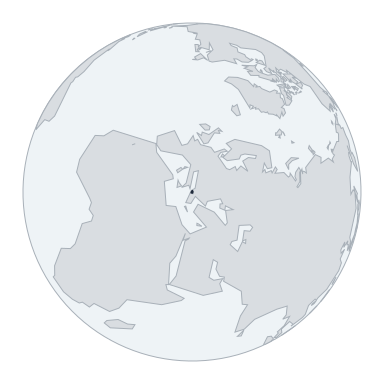 globe centered on Gjirokastër, rotated 57°
{"feature_id": "ALB-1525", "entity_name": "Gjirokastër", "entity_type": "County", "adm_level": 1, "iso_a3": "ALB", "parent_name": "Albania", "parent_adm1": "", "projection": "orthographic", "projection_center": [20.177, 40.156], "detail": "fine", "context": "on_globe", "style": "filled", "palette": "slate", "viewbox_px": 384, "rotation_deg": 57, "n_neighbors": 0, "source": "natural_earth", "source_scale": "10m", "svg_char_len": 10734}
<svg xmlns="http://www.w3.org/2000/svg" viewBox="0 0 384 384"><g transform="rotate(57 192 192)"><circle cx="192" cy="192" r="169" fill="#eef3f6" stroke="#a8b0b8"/><path d="M121.8,38.3L127.2,36.3L122.4,38.4L125.3,37.4L131.5,35.1L134.8,33.8L153.2,30.5L173.9,27.5L179.8,25.8L179.0,27.1L189.7,24.0L200.5,23.8L188.7,24.6L187.8,25.2L195.3,25.1L196.0,25.7L200.0,26.2L200.1,27.1L193.2,28.0L193.2,28.8L198.5,28.7L202.0,29.9L194.2,29.8L199.5,32.1L188.9,34.9L167.9,35.5L162.4,39.3L141.5,46.4L143.8,47.1L137.3,50.8L137.4,53.2L133.5,54.2L137.0,55.3L140.6,53.9L143.3,54.0L143.7,55.4L138.8,56.9L137.9,56.4L136.7,57.5L134.0,57.7L135.6,58.4L129.6,60.2L136.1,60.6L131.7,63.9L127.6,64.5L127.4,61.6L117.2,57.3L112.9,57.7L107.2,61.0L97.7,72.6L93.3,74.6L87.8,79.4L90.5,79.4L95.8,75.7L99.5,77.2L105.5,73.0L107.9,73.2L114.3,70.4L114.0,74.0L110.2,79.2L104.9,81.9L103.1,84.4L108.7,84.7L99.3,92.9L94.0,104.3L91.5,106.4L85.5,104.6L84.1,96.9L76.4,96.2L82.1,100.1L75.6,105.8L74.9,108.3L75.6,110.2L78.3,109.6L76.3,112.4L69.9,109.2L71.7,106.5L73.7,107.4L72.9,104.1L68.6,102.6L65.7,106.0L62.3,101.5L60.1,104.0L58.2,104.6L61.8,100.9L55.3,107.8L50.7,106.1L41.7,118.9L49.9,104.9L52.3,99.8L54.5,95.3L53.0,97.2L58.0,89.5L58.7,88.2L67.4,77.9L76.9,68.3L87.2,59.4L98.2,51.5L109.7,44.4L121.8,38.3ZM43.2,111.9L41.9,114.6L40.7,116.7L43.2,111.9ZM26.5,158.1L26.2,159.4L26.8,157.7L27.1,160.6L25.2,168.1L26.8,164.6L26.0,171.4L27.6,182.8L27.0,183.6L28.1,202.3L32.2,217.0L33.2,225.1L32.4,227.2L34.5,231.9L34.6,234.2L45.6,252.6L53.5,265.9L54.8,273.4L51.1,276.1L54.8,289.1L50.4,284.2L44.2,273.9L38.8,263.3L34.1,252.2L30.3,240.9L27.2,229.3L25.0,217.6L23.6,205.7L23.0,193.8L23.3,181.8L24.5,169.9L26.5,158.1ZM39.3,122.6L34.0,139.5L34.6,134.0L34.9,134.1L36.8,128.8L39.4,121.4L40.7,117.4L39.3,122.6ZM42.4,120.7L43.1,118.3L42.7,120.1L42.4,120.7ZM136.2,33.2L131.5,35.0L125.7,37.1L129.5,35.4L136.2,33.2ZM147.4,30.2L145.4,31.0L142.3,31.4L144.4,30.8L147.4,30.2ZM183.8,24.8L179.9,25.1L183.5,24.6L183.8,24.8ZM200.5,26.1L201.4,25.9L203.1,26.3L200.5,26.1ZM114.1,68.6L114.2,69.5L112.9,69.5L114.1,68.6ZM116.7,66.7L115.2,66.2L116.2,65.2L117.2,65.5L116.7,66.7ZM204.9,28.2L207.4,29.1L203.7,28.3L204.9,28.2ZM118.4,67.6L118.3,63.5L120.2,61.9L125.3,61.9L118.4,67.6ZM208.1,29.7L214.1,32.2L216.6,31.7L212.9,34.8L209.0,31.4L204.0,30.4L207.4,30.4L208.1,29.7ZM141.5,52.9L137.8,54.4L140.5,52.0L141.5,52.9ZM142.6,51.4L147.1,44.4L152.9,43.1L150.2,45.6L157.3,43.3L157.9,46.0L154.1,48.0L150.3,48.1L153.4,49.1L142.6,51.4ZM209.9,36.2L210.3,37.1L208.5,36.4L209.9,36.2ZM144.6,53.9L145.0,52.5L150.0,51.3L150.1,53.9L148.5,53.4L144.6,53.9ZM158.9,41.4L162.7,41.1L164.2,43.3L165.8,43.5L158.4,46.0L158.9,41.4ZM147.5,54.4L150.0,55.3L148.1,57.3L144.5,55.3L147.5,54.4ZM151.3,49.9L153.6,49.5L152.4,50.5L151.3,49.9ZM142.4,65.0L142.8,63.1L145.4,62.2L142.4,65.0ZM151.1,55.6L151.8,54.9L152.9,54.4L154.0,55.5L151.1,55.6ZM160.0,47.5L159.8,48.5L163.1,46.5L164.4,48.2L159.2,49.7L161.9,49.8L162.3,50.4L157.7,51.0L160.0,47.5ZM158.5,55.1L152.4,57.9L151.1,61.6L148.7,62.4L151.2,56.4L158.5,55.1ZM158.4,52.6L157.9,54.3L155.2,54.3L153.9,53.1L158.4,52.6ZM167.1,49.0L166.5,45.9L167.6,45.7L167.1,49.0ZM158.7,56.2L160.2,55.5L158.9,56.4L158.7,56.2ZM165.1,51.1L164.7,50.0L166.0,49.8L165.1,51.1ZM163.4,55.2L161.4,56.0L160.5,55.2L163.4,55.2ZM164.6,53.3L166.5,53.3L161.3,54.4L164.2,52.8L164.6,53.3ZM166.4,51.1L167.1,50.6L166.4,51.6L166.4,51.1ZM168.3,58.0L161.9,59.5L159.8,57.6L166.2,56.3L168.3,58.0ZM103.4,268.4L91.8,242.4L96.9,235.3L97.3,224.4L131.7,195.9L139.5,200.0L167.1,198.8L170.7,200.5L168.0,209.4L189.2,221.0L195.4,213.5L214.0,218.2L226.1,216.4L229.3,199.0L209.6,201.6L205.6,193.6L221.0,184.3L238.1,182.3L237.1,179.2L225.8,173.9L229.2,167.1L221.8,171.5L225.2,174.4L220.6,177.4L217.3,175.0L218.6,172.6L213.3,171.8L208.2,184.2L211.1,188.4L197.5,191.6L201.0,199.2L197.5,203.0L190.3,191.7L190.6,187.4L177.6,175.0L176.0,179.7L188.2,191.9L184.6,191.0L182.5,198.2L181.3,192.0L168.4,178.1L155.8,179.9L140.5,195.7L133.0,195.8L126.3,190.7L131.0,173.2L147.4,175.1L149.2,169.5L145.3,160.3L150.6,161.9L150.9,158.6L157.0,159.0L164.9,151.8L171.0,151.5L173.5,141.5L177.0,140.2L174.5,146.3L176.1,150.7L191.1,150.3L193.8,148.2L194.2,141.9L198.3,142.8L196.8,136.8L205.1,133.9L193.7,132.6L193.8,125.9L198.5,120.5L196.5,118.2L188.9,127.0L187.7,130.9L190.0,134.4L184.9,145.4L179.9,147.2L177.4,135.3L169.9,136.8L171.2,127.4L191.0,108.4L199.6,104.6L215.1,111.8L213.5,116.1L207.1,115.6L213.6,122.0L212.8,118.6L216.2,119.6L217.2,113.9L219.6,114.4L216.4,108.4L219.5,108.3L221.5,112.2L225.7,104.3L232.0,103.0L231.8,101.1L229.7,99.4L239.1,99.2L238.5,97.8L235.2,97.3L231.9,94.3L229.6,89.0L233.0,89.2L234.3,91.1L242.0,95.8L244.8,101.2L246.0,100.8L244.3,96.2L234.9,90.5L232.6,87.3L237.3,89.4L235.4,88.4L235.4,86.9L238.4,85.7L233.3,83.3L227.8,68.2L233.2,64.9L238.1,68.2L237.8,59.2L243.9,57.1L240.8,56.5L238.6,52.4L236.7,53.0L235.0,52.4L228.5,43.1L229.5,41.5L223.3,37.6L221.7,37.4L220.5,38.4L212.9,34.8L216.6,31.7L220.0,32.3L220.1,30.4L227.8,32.1L234.2,32.9L242.6,36.4L246.9,37.1L246.4,36.3L252.0,37.0L265.0,41.8L256.6,41.2L237.5,36.6L245.5,38.5L244.3,39.3L247.6,40.8L253.2,42.3L253.4,41.7L265.7,51.5L280.5,60.0L277.9,55.7L280.5,55.3L295.0,63.2L316.0,84.4L319.7,85.9L322.8,88.9L325.8,93.8L321.4,89.5L320.7,90.8L317.8,87.8L321.1,94.9L317.1,91.0L321.7,98.8L324.6,100.3L323.1,95.2L328.9,104.2L332.8,105.3L337.9,111.8L347.0,132.0L349.3,143.8L350.4,146.6L348.9,147.1L350.6,156.0L356.3,163.6L357.4,167.7L358.4,182.1L357.8,179.3L353.8,180.6L355.7,191.7L358.8,193.2L360.0,200.4L358.8,202.4L357.3,196.4L355.8,196.6L354.3,187.5L349.5,177.9L348.1,185.2L346.4,179.9L339.5,174.3L336.5,184.6L332.9,208.8L335.5,222.9L332.9,232.3L322.3,218.9L316.8,206.8L313.5,211.0L302.1,204.7L284.1,214.1L281.0,211.2L277.7,214.8L269.7,213.9L264.9,208.8L260.3,211.0L272.9,224.2L277.9,221.8L281.4,213.4L284.0,218.7L291.7,220.6L284.8,238.9L257.2,261.4L253.8,251.1L229.2,224.4L229.6,220.5L229.4,220.1L229.1,219.4L227.6,225.8L223.1,220.1L237.0,240.4L239.6,249.4L256.9,262.1L255.4,264.3L260.7,266.1L276.9,256.5L277.2,260.1L270.0,278.8L246.9,305.2L249.6,316.5L247.3,326.2L232.1,334.9L232.6,340.7L224.7,343.9L223.7,347.0L216.8,350.7L205.7,354.1L187.6,354.6L187.1,352.5L179.0,347.4L168.0,332.3L173.2,324.8L171.8,318.2L158.7,301.3L161.6,292.1L157.9,287.6L150.4,287.7L146.1,282.1L141.5,281.2L112.5,278.0L103.4,268.4ZM120.6,213.3L119.8,216.6L120.6,213.3ZM257.0,188.7L266.8,186.1L261.1,176.8L264.4,175.1L261.2,172.7L260.6,176.2L252.8,169.3L256.5,164.7L254.7,160.4L251.3,161.1L245.7,170.7L256.9,180.4L255.2,185.5L257.0,188.7ZM27.7,183.1L27.7,185.9L27.2,184.1L27.7,183.1ZM33.4,136.0L32.9,138.5L32.2,140.8L32.4,139.4L33.4,136.0ZM32.0,155.9L32.0,159.2L31.4,157.0L32.0,155.9ZM33.4,142.0L31.9,153.5L31.0,150.1L32.1,143.0L32.1,146.1L33.4,142.0ZM40.1,123.5L39.5,125.4L38.8,126.3L40.1,123.5ZM42.1,122.0L42.1,121.6L43.0,119.8L42.1,122.0ZM76.0,105.9L76.5,106.3L76.7,108.6L75.4,108.3L76.0,105.9ZM84.4,115.2L81.0,119.6L82.6,116.1L80.2,116.3L80.6,109.4L90.2,107.1L85.8,109.2L84.4,115.2ZM83.8,100.0L82.5,104.3L83.6,99.8L83.8,100.0ZM147.0,141.2L149.3,143.7L147.2,147.3L139.5,148.7L142.4,143.4L147.0,141.2ZM153.0,146.5L152.6,134.9L157.4,133.9L154.8,136.3L158.0,136.8L154.6,141.0L159.5,151.8L158.1,155.8L144.6,155.6L149.8,153.3L147.3,150.8L153.0,146.5ZM143.2,110.5L143.1,106.5L153.6,109.4L152.5,112.9L144.7,114.3L141.5,111.0L143.2,110.5ZM127.5,68.8L126.8,67.8L128.1,67.3L129.8,67.8L127.5,68.8ZM142.4,64.2L132.0,73.2L130.7,72.4L126.2,79.2L121.0,79.7L124.0,75.2L116.6,80.9L117.3,77.1L112.7,81.3L120.0,71.2L120.3,68.3L122.0,71.3L126.8,70.8L129.0,69.7L135.4,64.7L138.4,58.5L143.7,57.4L146.6,58.3L146.7,59.6L143.2,59.8L145.8,61.4L140.9,62.8L142.4,64.2ZM178.0,74.3L173.9,73.1L178.3,78.3L173.4,79.0L174.2,79.5L170.9,81.7L168.2,85.3L165.9,85.1L165.9,86.7L163.7,88.3L162.9,90.4L158.4,90.9L157.1,93.6L155.8,92.4L154.6,97.0L153.5,93.8L150.5,95.8L153.2,97.8L131.2,97.2L122.9,100.0L116.6,104.2L115.5,98.7L120.7,91.4L129.0,84.5L137.2,82.9L135.2,80.9L138.5,79.6L138.7,81.7L140.4,77.7L143.2,77.3L150.6,72.3L151.3,67.3L154.0,65.5L155.1,67.3L157.1,64.3L161.0,66.5L163.0,65.4L168.9,66.6L169.8,71.0L172.1,69.4L176.6,70.5L178.0,74.3ZM169.9,58.5L172.1,63.1L170.5,65.9L160.9,62.6L158.5,63.3L152.3,61.8L154.8,57.9L156.3,58.6L158.4,58.5L156.8,59.8L159.6,58.7L161.9,59.8L164.7,59.3L164.6,60.9L169.9,58.5ZM174.4,197.2L177.1,197.7L181.2,197.4L180.0,202.1L174.4,197.2ZM165.4,187.9L167.8,187.4L168.1,193.5L165.3,193.1L165.4,187.9ZM168.9,182.2L167.9,186.9L166.8,184.2L168.9,182.2ZM176.7,145.7L179.2,145.0L179.6,146.5L178.3,148.7L176.7,145.7ZM189.9,91.1L187.9,89.6L188.6,88.9L186.9,84.3L190.4,83.6L192.8,86.1L189.9,91.1ZM226.1,202.4L222.8,206.2L220.9,204.9L222.4,203.9L226.1,202.4ZM200.4,204.9L206.4,206.7L200.0,206.2L200.4,204.9ZM193.5,89.6L192.4,87.7L194.8,88.6L193.5,89.6ZM192.9,82.9L195.7,83.5L190.6,83.0L192.9,82.9ZM274.3,316.7L261.4,334.5L254.0,336.9L253.4,333.4L258.7,323.4L267.6,318.0L272.2,312.1L274.3,316.7ZM359.6,213.5L358.8,214.9L354.5,207.5L356.1,204.0L359.9,203.8L359.8,206.4L360.3,206.6L359.8,211.5L359.6,213.5ZM360.9,195.4L360.9,193.4L360.8,188.5L360.8,185.9L360.4,178.0L360.9,195.4ZM336.1,223.7L339.5,229.1L337.8,232.5L336.1,223.7ZM357.5,158.0L357.9,160.1L355.5,149.2L355.6,149.9L357.5,158.0ZM354.0,144.0L353.7,143.3L353.3,141.8L353.7,143.0L354.0,144.0ZM352.1,150.4L352.2,153.8L351.3,152.0L350.7,146.6L352.1,150.4ZM341.8,117.5L344.9,122.8L346.0,125.2L344.6,123.2L341.8,117.5ZM221.9,83.9L220.3,90.8L221.5,95.9L225.9,98.7L219.1,97.9L217.2,90.1L221.9,83.9ZM226.7,70.0L222.9,67.9L225.0,67.1L226.1,67.5L226.7,70.0ZM224.2,69.9L218.8,70.6L216.9,68.4L221.5,68.3L224.2,69.9ZM206.2,79.6L205.5,81.6L203.5,80.8L206.2,79.6ZM353.0,140.7L353.3,141.9L349.5,132.1L348.7,129.5L351.9,137.6L352.1,137.9L353.0,140.7ZM323.0,86.6L321.1,84.8L319.3,82.2L321.1,84.2L323.0,86.6ZM311.6,73.0L318.2,80.9L323.1,87.9L323.3,87.5L327.6,92.7L325.3,91.1L319.2,83.2L316.1,78.8L312.2,75.0L307.8,70.3L303.5,67.0L300.5,64.3L303.4,66.0L311.6,73.0ZM301.7,65.8L292.6,59.6L290.7,56.9L292.3,57.6L297.3,61.5L298.0,62.7L301.7,65.8ZM289.8,57.4L290.4,58.6L278.1,54.4L275.0,53.0L283.4,54.1L284.4,55.4L287.7,57.1L289.8,57.4ZM212.0,37.0L210.5,37.1L211.1,36.4L212.0,37.0ZM234.0,52.8L231.9,52.0L232.7,51.0L234.0,52.8ZM226.5,49.2L227.0,50.8L225.0,49.0L226.5,49.2ZM228.4,54.6L226.5,51.4L230.4,54.6L228.4,54.6Z" fill="#d9dde1" stroke="#a8b0b8" stroke-width="1"/><path d="M193.0,192.2L192.9,192.3L192.7,192.2L192.7,192.3L192.4,192.5L192.4,192.8L192.5,192.9L192.5,193.0L192.4,193.1L192.2,193.0L192.3,192.9L192.2,192.9L192.1,192.7L191.9,192.5L191.7,192.3L191.4,192.1L191.3,191.9L191.2,191.8L191.2,191.7L191.1,191.4L191.1,191.2L191.3,191.0L191.3,190.9L191.5,190.9L191.5,191.0L191.8,191.0L192.0,191.1L192.2,191.4L192.3,191.4L192.4,191.2L192.5,191.2L192.6,191.3L192.6,191.5L192.8,191.7L192.7,191.7L192.7,191.8L192.8,191.9L192.8,192.0L193.0,192.2L193.0,192.2Z" fill="#64748b" stroke="#1e293b" stroke-width="1.5"/></g></svg>